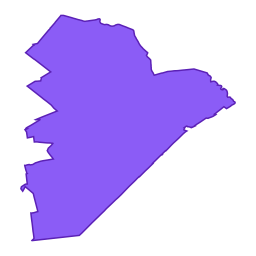 the district of Dubnas pag., Daugavpils, Latvia
{"feature_id": "27541924B73485467634467", "entity_name": "Dubnas pag.", "entity_type": "district", "adm_level": 2, "iso_a3": "LVA", "parent_name": "Latvia", "parent_adm1": "Daugavpils", "projection": "equal_earth", "projection_center": [26.682, 56.079], "detail": "fine", "context": "isolated", "style": "filled", "palette": "violet", "viewbox_px": 256, "rotation_deg": 0, "n_neighbors": 0, "source": "geoboundaries", "source_scale": "gbopen_adm2", "svg_char_len": 5417}
<svg xmlns="http://www.w3.org/2000/svg" viewBox="0 0 256 256"><path d="M81.9,233.0L91.8,223.0L94.6,220.3L102.0,213.1L104.3,210.9L106.4,208.6L111.8,203.5L115.5,199.9L118.1,197.6L121.5,194.3L126.0,189.6L129.1,186.4L132.0,183.6L134.2,181.5L136.1,179.6L137.0,178.6L138.5,177.2L139.1,176.6L139.4,176.8L145.4,170.8L148.2,168.2L153.0,163.5L152.6,163.3L159.7,156.3L161.5,154.6L161.9,154.9L162.4,154.4L162.0,154.2L165.5,150.7L165.8,150.9L167.8,148.9L171.4,145.1L171.6,144.9L173.6,142.9L174.6,142.0L178.4,138.5L183.3,133.7L185.5,131.8L186.8,131.0L185.2,130.4L184.1,130.1L184.0,129.8L183.9,129.6L184.0,129.1L184.7,127.9L184.8,127.8L184.9,127.6L184.5,127.5L186.3,126.2L186.9,126.1L187.5,126.7L188.0,126.7L189.3,126.9L190.3,127.2L191.2,127.7L192.0,127.1L192.3,127.3L195.2,125.9L194.8,125.6L195.9,124.9L197.0,124.1L198.8,123.0L200.2,122.1L206.1,118.1L208.1,118.3L208.4,118.1L211.5,117.0L213.1,116.3L215.8,114.6L214.5,114.1L215.8,113.2L216.0,113.1L217.3,111.9L218.5,111.0L220.7,109.3L223.9,106.7L226.5,108.6L228.1,107.7L230.7,106.1L231.4,105.4L231.9,105.1L233.1,104.5L234.5,103.7L234.9,103.3L235.0,103.1L235.1,102.5L235.0,102.2L234.9,102.0L234.6,101.8L234.2,101.6L233.8,101.4L233.5,101.2L233.4,100.8L233.2,100.3L232.8,99.8L232.5,99.4L231.2,98.6L230.9,98.3L230.7,98.0L230.5,97.4L230.1,97.3L229.8,97.1L229.1,97.1L228.7,97.1L228.3,97.2L227.9,97.3L227.6,97.1L227.4,96.7L227.1,96.1L227.3,95.5L227.3,94.8L227.5,93.9L227.3,92.4L227.2,91.9L226.9,91.0L226.6,90.4L226.0,89.8L224.2,88.6L223.5,88.5L223.1,88.5L222.9,88.7L222.9,88.9L223.0,89.1L223.4,89.3L223.2,89.6L222.8,89.8L221.9,89.7L220.9,89.2L220.7,89.0L220.6,88.8L220.6,88.7L220.8,88.4L221.1,87.9L221.6,87.0L221.7,86.8L221.7,86.6L221.6,86.2L221.4,85.9L221.2,85.7L220.7,85.5L220.3,85.4L219.9,85.4L219.5,85.4L218.1,85.2L217.7,85.2L217.4,85.1L217.6,84.8L217.7,84.5L217.8,84.3L217.7,84.1L217.6,83.9L217.3,83.4L217.1,83.2L216.9,83.0L216.6,82.8L216.5,82.7L216.1,82.2L215.4,81.7L214.5,81.3L213.7,81.2L212.8,81.3L211.2,81.7L210.8,81.8L210.7,81.5L210.6,79.7L210.9,78.6L211.1,77.8L211.1,77.3L210.7,76.8L210.0,75.9L209.4,75.6L208.9,75.5L208.7,75.2L208.4,74.9L207.9,74.7L207.8,74.3L207.8,74.1L207.6,73.7L207.2,73.1L207.1,72.9L194.0,69.0L184.2,70.0L183.9,70.0L178.3,70.6L177.2,70.7L174.3,70.8L171.1,71.2L167.6,71.5L167.3,71.6L162.1,73.1L161.5,73.1L154.2,75.2L153.7,74.2L153.5,73.8L153.4,73.5L153.1,72.9L152.1,71.4L151.5,70.1L151.2,69.0L151.2,68.6L151.2,67.5L151.1,66.7L151.0,66.0L151.1,65.2L150.9,63.9L150.8,62.1L150.7,60.3L150.7,60.1L150.3,59.6L150.0,59.2L149.7,59.0L149.4,58.6L148.2,57.5L148.0,57.4L147.6,57.0L147.4,56.9L146.9,56.0L146.7,55.8L146.5,55.5L146.5,55.3L146.5,55.2L147.1,54.2L147.3,53.9L147.7,52.9L147.7,52.7L147.5,52.4L146.9,52.1L146.0,51.3L145.5,50.8L144.9,50.3L143.8,49.3L143.1,48.7L142.4,47.8L141.1,46.5L140.6,45.9L140.2,45.3L139.8,44.8L139.3,44.0L138.9,43.3L138.4,42.3L138.1,41.6L137.6,40.9L137.5,40.6L136.5,39.1L135.9,37.8L134.8,36.0L134.5,35.3L134.3,34.0L134.1,33.1L133.8,31.1L133.6,30.5L133.2,30.1L132.7,29.7L131.4,29.2L128.5,28.1L125.9,27.0L123.4,26.1L122.4,25.7L121.5,25.4L120.7,25.0L120.1,24.8L119.0,24.4L118.1,24.4L117.7,24.4L117.3,24.5L116.6,24.7L116.1,24.8L115.3,25.2L114.8,25.5L114.2,25.8L113.8,25.9L113.5,26.0L112.8,26.1L112.3,26.2L111.9,26.1L111.3,26.1L110.8,26.0L110.3,25.8L109.6,25.5L109.1,25.2L108.7,25.0L108.2,24.7L107.6,24.6L107.2,24.5L106.9,24.4L106.5,24.4L104.9,24.6L104.3,24.6L103.6,24.4L103.1,24.2L101.5,23.6L101.1,23.4L100.6,23.2L100.1,22.2L99.8,21.6L99.8,21.2L99.9,20.7L100.1,20.1L100.1,19.8L100.1,19.5L100.0,19.3L99.9,19.1L99.6,18.9L99.3,18.8L98.6,18.9L98.0,19.0L97.6,19.1L97.3,19.3L96.2,19.7L94.7,20.0L90.2,20.6L87.6,21.0L87.2,21.0L85.3,21.3L84.4,21.3L84.0,21.2L83.8,21.2L81.8,20.5L80.2,20.1L79.1,19.8L78.1,19.6L76.8,19.2L75.1,18.7L73.6,18.3L71.7,17.7L64.2,15.6L63.8,15.5L63.3,15.4L62.7,15.4L60.9,15.4L60.8,15.6L60.5,16.0L56.8,20.4L55.2,22.3L55.1,22.6L50.3,28.1L50.2,28.1L49.9,28.8L49.4,29.5L49.0,29.8L48.9,29.8L40.5,39.8L39.3,41.3L37.5,43.5L33.1,44.4L33.8,45.1L33.5,45.2L25.6,52.7L33.8,59.0L34.6,59.4L35.1,59.8L40.3,63.8L40.7,64.1L50.7,71.9L41.2,77.7L41.4,77.9L40.7,80.9L37.2,81.2L35.1,81.3L27.2,86.1L41.8,97.6L43.5,99.0L47.1,101.7L51.3,105.1L53.8,108.1L56.5,110.4L57.2,111.0L41.8,117.1L35.6,119.7L35.9,119.8L36.2,119.8L39.0,119.0L39.7,119.5L39.9,119.6L39.8,119.9L35.5,122.5L30.9,125.3L28.0,126.9L26.3,127.9L25.9,128.5L27.1,128.8L26.4,129.1L25.5,129.5L25.0,129.7L25.7,130.8L26.5,131.8L26.8,133.7L27.4,137.9L29.9,137.4L31.4,137.1L31.7,137.0L33.6,136.6L34.3,142.0L35.5,141.9L36.5,141.9L36.9,141.9L38.6,142.1L39.2,142.2L45.8,142.8L47.2,142.9L50.0,143.0L50.5,143.0L51.4,143.2L52.2,143.3L52.8,143.3L52.9,143.5L51.1,145.6L48.3,148.2L47.3,150.6L47.5,150.7L47.4,150.7L47.4,150.9L47.5,151.0L47.8,151.7L48.2,152.4L49.5,154.1L50.3,155.2L52.4,157.7L53.0,158.6L53.3,159.0L47.7,160.0L43.2,160.7L40.7,161.2L36.7,162.5L35.4,162.9L33.0,164.4L32.3,164.6L30.2,164.9L29.2,164.5L27.1,164.9L25.2,165.5L24.7,165.4L24.7,165.5L25.0,166.6L25.9,170.2L26.4,171.5L26.9,173.5L27.1,173.6L26.8,173.8L26.1,174.0L26.4,176.5L26.9,180.9L27.3,184.0L25.9,184.1L25.1,184.5L25.0,184.4L21.5,186.7L21.3,187.1L20.9,188.8L22.7,191.2L23.9,189.2L25.2,186.6L26.2,187.5L29.0,189.8L33.2,193.4L33.5,194.4L33.9,196.2L37.6,210.5L37.8,211.6L36.9,211.8L33.5,212.8L32.5,212.9L31.5,213.1L30.9,213.0L31.0,214.3L31.5,218.6L32.2,223.7L33.1,231.7L33.3,232.7L33.8,236.5L34.0,238.3L33.9,238.5L33.6,238.9L31.9,240.5L32.0,240.6L56.7,237.9L79.3,235.4L81.9,233.0Z" fill="#8b5cf6" stroke="#5b21b6" stroke-width="1.5"/></svg>